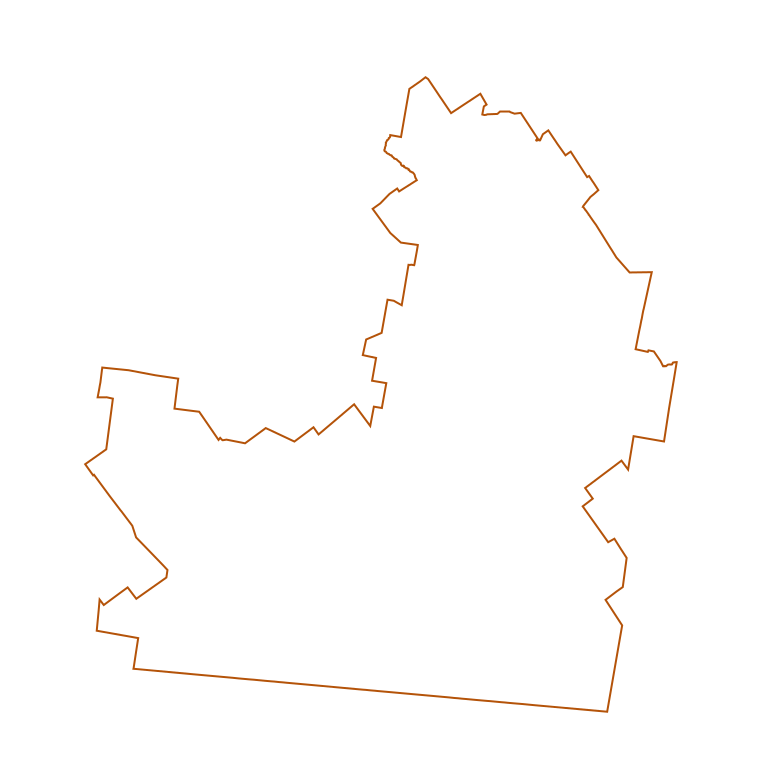 Boulia, Queensland, Australia (orthographic projection), rotated 276°
{"feature_id": "25037944B33105605540770", "entity_name": "Boulia", "entity_type": "district", "adm_level": 2, "iso_a3": "AUS", "parent_name": "Australia", "parent_adm1": "Queensland", "projection": "orthographic", "projection_center": [140.076, -22.279], "detail": "fine", "context": "isolated", "style": "outline", "palette": "amber", "viewbox_px": 768, "rotation_deg": 276, "n_neighbors": 0, "source": "geoboundaries", "source_scale": "gbopen_adm2", "svg_char_len": 5438}
<svg xmlns="http://www.w3.org/2000/svg" viewBox="0 0 768 768"><g transform="rotate(276 384 384)"><path d="M76.7,314.8L76.7,317.8L77.1,344.5L77.7,388.5L77.8,395.0L77.9,398.0L77.9,402.8L78.0,406.9L78.0,409.9L78.2,421.8L78.6,448.5L78.7,454.4L79.1,481.1L79.1,484.1L79.1,486.2L79.1,487.1L79.2,490.0L79.2,493.0L79.2,494.5L79.3,499.3L79.4,507.9L79.6,519.7L79.7,522.7L79.8,533.4L79.9,537.6L79.9,540.5L80.0,546.5L80.2,555.4L80.3,567.3L81.4,640.2L161.7,645.6L168.8,646.1L192.5,626.9L202.0,637.0L207.0,642.7L224.9,643.2L236.4,643.5L244.8,636.7L254.2,629.3L250.1,623.5L283.1,594.4L291.8,603.6L301.6,594.9L332.6,628.2L324.4,635.7L358.2,637.7L356.1,668.5L362.5,668.8L388.4,670.0L388.8,670.0L420.4,671.9L436.4,672.8L436.4,672.7L436.1,672.1L436.1,671.7L436.2,671.2L435.9,670.7L435.7,670.1L435.7,669.4L435.4,669.1L435.0,669.0L434.6,668.7L434.4,668.6L434.0,668.6L433.6,668.4L433.4,667.8L433.3,667.3L433.3,666.8L433.4,666.3L433.2,665.7L433.1,664.9L432.9,664.3L432.6,663.9L432.3,663.7L431.8,663.2L431.3,662.7L431.4,662.4L431.3,662.1L431.1,661.9L431.1,661.5L431.0,661.4L431.1,661.2L431.3,660.8L431.3,660.7L431.0,660.5L430.8,660.1L430.8,659.8L430.8,659.7L434.9,657.1L435.8,656.5L444.6,649.0L445.1,643.5L443.5,643.0L444.9,630.6L463.9,632.3L468.6,632.8L473.3,633.2L474.7,633.3L474.8,633.4L477.0,633.6L480.0,633.8L484.5,634.2L485.5,634.4L523.2,638.6L520.6,616.6L528.6,607.9L534.1,601.9L539.1,598.0L540.8,596.7L542.9,595.0L563.8,578.7L564.1,578.5L567.3,575.6L567.6,575.4L567.9,575.1L568.3,574.7L568.8,574.3L571.8,571.7L573.3,570.5L573.4,570.3L573.7,569.9L574.1,569.8L576.9,567.3L577.0,567.2L577.3,567.0L577.4,566.9L577.5,566.7L578.3,566.0L578.3,565.9L578.5,565.8L581.0,563.5L581.0,563.3L581.9,563.6L591.7,569.8L594.7,572.8L599.2,576.9L606.5,571.0L607.0,570.5L612.3,566.2L611.0,564.4L634.6,545.4L633.3,543.8L630.4,540.6L640.7,531.5L645.2,527.8L645.2,527.7L645.3,527.6L645.5,527.5L652.1,522.0L653.4,520.9L649.0,515.9L642.7,513.8L642.5,513.6L642.6,512.7L643.1,512.4L642.7,512.0L642.8,511.1L642.0,510.6L642.0,510.3L642.2,509.9L642.4,509.9L642.5,510.4L644.5,510.6L644.6,510.8L667.9,491.7L666.5,485.6L667.6,481.1L668.1,480.4L667.1,470.9L664.6,468.7L664.4,468.3L663.0,458.5L662.4,457.5L662.0,455.7L662.3,453.6L663.8,453.7L670.4,454.3L670.6,454.4L672.6,456.8L681.3,450.5L682.7,449.5L669.9,433.9L660.4,422.4L674.2,410.8L674.6,410.4L679.2,406.6L691.9,396.0L693.4,393.2L688.7,388.3L684.3,383.2L683.3,382.1L680.2,378.4L664.6,377.3L655.6,376.7L631.4,375.1L632.2,364.2L631.8,364.2L631.4,364.2L631.0,364.3L630.1,364.1L629.5,363.7L629.2,363.4L629.1,363.1L628.9,363.1L628.6,363.1L628.2,363.0L627.9,362.7L627.5,362.5L627.1,362.2L627.0,361.9L626.8,361.6L626.5,361.6L626.0,361.4L625.7,361.2L625.0,361.0L624.3,360.6L624.1,360.6L623.8,360.8L623.4,360.8L622.8,360.7L622.1,360.7L621.6,360.9L621.2,360.8L620.7,360.6L619.9,360.4L619.5,360.3L618.9,360.2L618.3,360.3L617.8,360.2L617.5,360.0L617.2,359.9L616.8,359.9L616.1,360.0L615.6,360.4L615.4,360.7L615.4,361.1L615.3,361.4L615.2,361.5L614.8,362.0L614.0,362.5L613.8,363.0L613.7,363.4L613.4,363.8L613.4,364.1L613.3,364.7L613.1,365.1L612.7,365.4L612.5,366.0L612.3,366.3L612.1,366.7L612.2,367.6L611.9,367.9L611.4,368.1L610.7,368.8L610.6,369.2L610.2,369.8L609.9,370.2L609.5,370.3L609.3,370.5L609.2,370.8L609.0,372.0L608.7,373.2L608.2,373.6L607.6,374.3L607.3,375.0L606.3,376.2L606.0,376.8L605.4,377.6L605.1,377.7L604.9,377.7L604.5,377.8L604.0,378.0L603.5,378.4L603.1,378.9L602.8,379.4L602.8,379.8L602.9,380.0L603.1,380.1L603.2,380.3L603.2,380.5L602.9,380.9L602.9,381.0L602.7,381.1L602.1,381.2L601.7,381.5L601.6,382.0L601.6,382.5L601.4,382.9L601.2,383.1L601.0,383.4L600.9,383.5L601.0,383.7L600.9,384.2L600.8,384.4L600.9,384.7L600.7,385.0L600.6,385.4L600.3,385.7L600.2,386.0L599.9,385.9L599.7,385.9L599.4,386.1L599.3,386.4L599.4,386.7L599.4,386.8L599.2,387.0L598.8,387.3L598.5,387.5L598.3,387.6L598.1,387.8L598.1,388.0L598.1,388.4L597.8,388.8L597.8,389.3L597.7,389.6L597.5,389.8L597.3,390.0L597.4,390.5L597.0,391.0L596.5,391.5L596.0,392.0L595.3,392.5L595.0,392.7L594.9,392.7L594.1,393.0L593.3,393.2L592.7,393.7L592.0,393.9L591.7,394.2L591.1,394.7L590.5,395.0L590.1,395.3L589.1,394.0L581.1,383.9L577.1,378.9L579.8,376.7L573.6,369.6L563.2,361.4L557.0,354.4L534.8,374.5L526.4,386.0L525.8,403.1L525.0,403.1L518.7,402.7L505.6,401.7L505.3,401.6L505.5,398.8L505.1,397.2L505.1,395.9L503.2,395.8L472.0,393.9L467.6,393.6L464.2,393.4L466.7,387.5L467.8,385.1L468.2,378.7L464.3,378.4L434.6,376.3L426.4,361.6L417.1,360.6L410.5,359.9L409.1,373.4L393.2,372.3L386.0,371.8L385.1,386.2L362.0,384.5L359.9,384.4L360.4,376.3L340.8,374.7L360.7,356.4L327.0,324.2L333.6,318.4L317.4,300.9L319.9,293.8L327.8,271.0L318.5,260.8L314.8,256.7L310.5,252.0L310.8,248.9L312.2,233.1L311.2,229.5L311.5,228.8L313.3,226.7L311.1,225.3L337.1,203.1L337.2,197.0L337.6,178.2L361.3,178.6L367.8,178.8L368.8,155.6L371.0,128.6L370.9,107.6L370.9,102.1L369.2,102.1L368.7,102.0L368.2,102.0L367.3,102.0L355.9,101.8L353.6,101.6L352.4,101.5L349.3,101.3L340.8,100.6L341.8,109.7L341.1,115.9L290.0,114.6L273.0,95.2L262.7,104.3L263.4,105.1L261.5,106.8L244.1,122.7L230.5,135.5L230.3,135.8L216.7,148.5L205.5,153.5L200.1,160.0L181.5,182.2L181.0,182.8L176.4,188.1L168.8,187.8L144.5,160.1L154.9,150.3L147.2,141.8L147.1,141.7L134.9,128.4L139.9,123.7L129.1,123.9L108.6,124.1L106.6,152.2L106.6,152.4L105.6,166.1L91.0,165.4L75.4,164.7L74.6,164.6L75.4,225.7L76.0,264.4L76.0,270.3L76.2,282.2L76.3,285.1L76.4,297.0L76.5,302.9L76.6,305.9L76.6,310.9L76.7,314.8Z" fill="none" stroke="#b45309" stroke-width="2"/></g></svg>